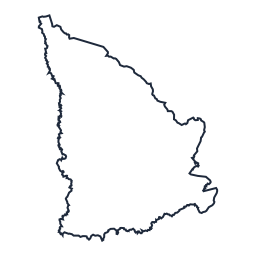 Wassa Amenfi East, Western, Ghana (Mercator projection)
{"feature_id": "2480657B15365927336493", "entity_name": "Wassa Amenfi East", "entity_type": "district", "adm_level": 2, "iso_a3": "GHA", "parent_name": "Ghana", "parent_adm1": "Western", "projection": "mercator", "projection_center": [-2.086, 5.877], "detail": "fine", "context": "isolated", "style": "outline", "palette": "slate", "viewbox_px": 256, "rotation_deg": 0, "n_neighbors": 0, "source": "geoboundaries", "source_scale": "gbopen_adm2", "svg_char_len": 5697}
<svg xmlns="http://www.w3.org/2000/svg" viewBox="0 0 256 256"><path d="M60.6,234.0L61.4,233.5L62.6,235.3L62.7,233.8L64.5,232.3L68.6,233.8L69.4,233.6L71.9,234.2L73.6,235.6L78.7,235.6L80.4,236.9L82.9,236.1L85.6,236.2L86.6,236.4L87.4,238.4L87.9,238.4L89.0,239.6L90.2,238.5L91.3,235.9L93.1,234.7L95.2,235.7L97.9,235.3L100.4,236.4L102.2,240.6L103.3,239.9L103.3,238.6L104.2,237.0L104.2,234.4L105.0,233.1L107.6,232.1L108.4,231.1L108.2,230.4L110.6,228.9L114.0,228.7L116.2,230.3L116.6,230.9L116.6,233.9L117.4,234.1L118.2,232.6L117.7,231.3L118.0,230.1L120.1,228.8L120.3,228.0L121.2,227.9L123.9,228.1L124.1,229.3L125.8,229.6L126.0,230.6L127.4,231.2L128.1,230.8L128.6,231.0L128.6,230.5L130.2,229.6L131.2,229.8L133.1,228.7L134.7,230.3L134.9,231.6L135.7,232.6L137.4,231.7L137.6,233.1L139.0,231.5L140.6,233.2L141.6,233.2L142.6,231.4L142.1,230.5L143.6,231.3L145.6,230.5L147.3,231.0L148.0,229.9L149.6,230.1L149.9,229.0L150.7,229.0L150.2,227.8L151.1,227.8L150.8,227.4L151.4,227.2L152.1,225.3L151.3,223.4L151.6,222.9L152.2,222.1L153.2,222.0L154.1,222.6L154.4,222.1L156.1,221.8L156.1,220.2L156.5,220.6L156.3,220.2L156.8,219.8L158.9,219.0L159.0,217.2L159.8,217.0L161.2,218.4L163.0,216.9L164.5,213.8L165.5,214.1L166.8,213.6L167.8,214.3L168.9,214.3L169.7,215.3L170.7,215.3L171.9,216.3L173.0,214.8L173.9,214.9L175.3,212.9L177.3,212.6L179.4,210.7L179.4,209.9L183.9,208.1L184.1,207.0L184.7,207.2L184.8,206.6L186.3,206.4L187.2,205.0L188.4,205.0L188.9,205.5L190.2,204.3L193.4,204.6L194.5,204.1L194.8,205.2L195.2,204.8L195.4,205.4L196.3,205.5L197.0,206.3L197.0,207.1L198.2,207.7L197.8,208.7L199.6,212.3L201.7,213.0L203.0,212.1L205.2,211.6L206.4,210.8L208.8,207.2L212.4,205.2L213.9,203.4L214.4,201.9L213.7,200.6L214.2,197.5L216.7,193.1L217.2,191.0L217.1,189.7L216.1,188.0L203.6,191.2L203.2,190.5L203.8,190.0L204.0,189.0L205.2,188.4L204.6,187.4L204.8,186.3L206.3,186.4L206.1,184.9L207.1,184.6L207.6,183.6L208.9,184.2L210.2,183.0L210.7,182.0L210.1,180.4L205.9,176.8L197.8,175.9L190.8,174.4L189.5,173.4L192.5,169.1L192.9,169.4L193.9,167.5L196.1,166.0L198.2,166.5L198.6,165.6L198.0,165.3L198.2,163.3L196.4,162.4L195.8,163.7L195.4,163.8L194.8,162.4L195.4,162.0L195.0,161.4L192.0,157.9L192.7,157.6L193.6,158.0L194.3,156.3L193.9,155.4L197.3,151.3L197.0,148.5L200.6,141.2L201.1,137.5L202.0,136.8L204.2,132.2L204.8,131.7L204.1,130.1L204.8,127.1L204.3,122.8L203.8,122.1L201.1,120.4L200.9,119.3L199.8,118.5L197.8,118.2L197.8,120.0L195.3,120.2L194.1,119.3L193.8,118.1L193.2,117.6L188.1,120.2L187.3,123.1L186.0,124.1L185.7,123.6L184.6,123.6L181.7,125.0L178.7,123.1L177.5,122.7L175.8,120.3L174.0,119.3L174.1,114.7L172.4,111.7L171.2,111.1L167.8,111.1L167.4,109.5L164.9,106.5L164.2,104.7L165.3,102.8L160.3,101.8L157.4,100.6L156.7,99.0L155.3,98.4L154.0,95.6L152.8,95.1L152.2,94.1L153.0,91.2L152.8,89.3L151.1,86.4L150.7,83.5L149.0,84.0L146.8,83.2L146.0,81.8L143.7,79.3L141.6,77.7L140.7,76.2L138.3,75.3L134.3,72.5L133.7,69.8L130.9,67.7L126.7,66.2L124.0,66.6L120.1,65.1L118.9,62.1L116.2,58.9L114.9,58.3L113.8,58.5L110.7,56.6L109.1,56.7L107.8,55.6L106.3,55.8L107.9,53.3L107.9,52.0L103.4,46.9L73.8,38.0L69.6,38.7L69.1,37.5L69.2,35.1L68.3,34.4L67.0,34.6L66.0,33.4L65.3,33.5L63.7,32.4L61.2,29.5L60.4,26.8L56.8,25.2L54.0,26.8L52.4,26.3L52.1,23.9L49.4,15.4L46.0,16.5L43.5,16.8L42.4,16.4L38.8,17.6L39.3,20.4L40.2,21.3L39.6,21.9L41.2,23.7L38.9,26.3L38.8,27.6L41.9,29.1L42.4,31.2L42.1,32.7L43.8,34.1L44.2,36.0L44.9,36.4L45.1,38.6L45.9,39.1L45.3,40.2L45.1,41.9L45.7,42.4L45.2,43.4L45.9,43.8L47.0,45.9L47.5,46.1L47.1,47.8L46.2,48.6L45.2,48.7L46.0,51.9L45.7,52.3L46.3,53.1L45.1,53.8L45.0,54.8L46.1,56.0L45.1,57.8L46.7,60.2L46.4,60.5L46.9,60.7L47.2,62.4L47.6,62.4L46.8,63.6L47.9,64.5L47.8,66.7L48.7,66.8L49.7,68.6L49.2,68.9L49.9,69.6L49.9,70.7L48.7,72.9L49.2,72.6L51.1,73.3L52.2,76.1L52.5,75.8L53.6,76.2L53.0,77.8L52.0,78.7L53.4,79.3L53.6,79.0L53.9,79.6L54.5,79.3L55.7,83.1L57.7,83.6L57.9,83.1L58.5,83.2L58.5,83.8L57.7,84.1L57.9,84.9L58.6,85.3L58.0,85.9L58.9,86.6L59.2,85.8L59.8,85.8L60.1,87.3L59.5,88.2L60.5,89.8L60.5,90.4L61.2,90.0L61.4,90.9L60.7,91.7L62.3,93.4L60.7,92.9L60.3,93.4L60.2,94.1L60.8,94.8L60.7,95.4L59.9,95.7L60.0,96.8L60.7,98.1L59.8,99.7L60.0,101.7L59.4,103.3L59.0,103.3L59.3,105.5L60.8,104.9L61.3,105.5L60.0,107.2L60.7,107.3L61.2,108.2L60.1,109.4L60.4,110.2L59.5,110.5L61.0,111.3L60.4,111.8L61.1,113.9L60.6,115.2L61.4,116.0L61.2,116.7L59.4,116.2L59.0,116.7L58.8,117.8L59.5,118.3L59.0,119.0L58.5,118.3L58.4,119.9L59.9,121.2L60.2,122.1L59.1,122.7L58.9,123.7L58.3,123.0L57.5,124.9L57.6,125.5L59.0,125.9L58.5,126.5L61.0,130.3L60.5,132.0L61.6,133.2L60.0,133.5L58.9,134.3L59.9,137.6L59.3,138.4L58.9,137.9L59.4,137.7L58.8,137.4L58.3,137.4L57.9,138.1L58.6,138.6L58.4,142.1L59.6,144.7L58.5,145.0L58.4,145.7L59.3,146.6L59.2,147.5L60.2,147.9L60.1,148.5L60.6,148.3L60.6,149.3L61.7,149.1L62.1,149.5L61.3,151.4L62.5,154.3L63.4,154.1L65.7,155.4L66.1,156.5L65.5,158.3L64.5,158.8L63.1,158.9L62.3,157.7L61.2,160.2L60.7,159.4L59.4,159.2L58.3,160.4L58.0,160.3L56.8,163.3L59.0,166.9L58.8,167.9L60.1,170.6L61.6,171.7L62.9,171.0L63.5,171.5L63.6,172.1L62.5,173.0L62.1,174.6L63.1,175.4L63.4,176.7L66.3,175.7L67.0,175.8L66.6,178.1L67.7,178.0L68.7,179.1L70.6,179.4L71.7,180.8L71.3,181.4L71.6,182.0L71.1,184.0L71.6,185.2L71.3,185.8L70.2,186.1L69.4,187.5L71.8,188.6L71.4,189.1L71.5,190.7L69.1,192.6L67.3,196.8L66.5,197.4L65.8,198.8L67.3,202.0L67.3,203.1L68.9,205.1L68.3,205.3L67.5,207.8L68.6,210.4L68.1,210.9L68.7,211.3L68.4,211.9L66.8,212.4L67.2,214.3L65.4,214.3L65.6,215.2L64.6,215.1L63.9,215.7L62.6,215.8L62.4,216.7L62.9,217.2L62.6,218.3L63.0,219.4L60.8,218.9L59.5,219.4L59.6,220.5L60.2,221.4L60.3,223.8L61.9,226.3L61.0,226.3L59.9,227.2L59.7,228.0L60.2,228.8L58.9,230.4L59.5,231.0L58.8,232.0L59.8,232.4L60.6,234.0Z" fill="none" stroke="#1e293b" stroke-width="2"/></svg>